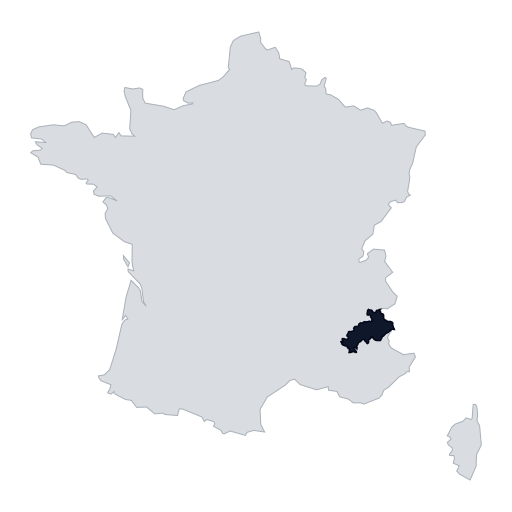 Hautes-Alpes highlighted on a map of France
{"feature_id": "FRA-5304", "entity_name": "Hautes-Alpes", "entity_type": "Metropolitan department", "adm_level": 1, "iso_a3": "FRA", "parent_name": "France", "parent_adm1": "", "projection": "albers", "projection_center": [6.118, 44.657], "detail": "fine", "context": "in_parent", "style": "filled", "palette": "ink", "viewbox_px": 512, "rotation_deg": 0, "n_neighbors": 0, "source": "natural_earth", "source_scale": "10m", "svg_char_len": 7014}
<svg xmlns="http://www.w3.org/2000/svg" viewBox="0 0 512 512"><path d="M410.4,195.1L406.6,197.2L404.4,201.5L402.0,202.6L397.6,202.7L395.5,200.1L390.3,201.8L388.2,204.5L391.3,207.8L381.0,221.6L374.3,225.2L372.9,234.1L365.0,240.8L362.1,247.8L361.8,249.2L363.8,251.5L363.0,256.1L358.9,259.1L359.0,262.0L360.1,262.4L366.3,260.1L368.6,257.3L367.4,253.6L373.6,249.1L384.6,250.1L386.0,256.2L384.6,261.3L392.7,272.3L385.8,277.5L385.4,280.9L392.7,291.9L397.2,296.4L394.9,303.9L387.3,308.8L382.4,308.4L380.3,309.7L380.5,311.9L384.0,318.7L392.3,323.0L393.6,328.1L391.3,329.9L387.5,337.6L389.3,341.4L388.6,343.1L389.5,345.7L391.7,348.2L403.5,354.7L414.0,353.2L415.4,357.0L409.1,367.2L409.5,371.7L406.3,371.8L405.7,373.4L399.2,376.8L388.7,387.1L383.8,390.2L381.8,395.3L378.9,398.2L363.6,404.1L360.7,402.8L353.3,402.9L348.6,399.2L339.7,396.8L336.9,391.4L328.6,390.3L328.2,386.7L316.5,389.8L300.2,384.6L294.6,379.2L289.8,380.5L285.5,385.0L267.4,396.9L260.0,409.4L260.8,424.4L264.6,432.0L253.7,430.4L247.2,432.3L245.3,435.4L230.1,431.0L224.3,433.8L222.7,433.5L220.9,430.3L213.5,426.3L214.8,423.9L213.9,421.7L206.9,419.5L204.3,421.5L201.9,417.0L182.5,409.0L179.3,408.9L177.5,415.5L164.8,414.5L163.1,413.1L154.8,413.9L146.5,407.0L136.7,407.4L131.3,400.4L125.6,399.5L117.7,395.5L114.2,393.4L113.9,391.4L111.3,394.1L108.3,393.2L107.7,392.3L110.0,388.8L110.8,384.7L100.9,380.7L98.6,377.4L98.7,375.8L104.2,374.9L109.7,369.6L116.2,349.0L121.8,324.5L124.7,320.1L127.8,319.1L125.7,315.4L122.2,319.6L126.1,297.0L131.1,280.3L138.8,288.0L140.4,291.2L142.0,301.6L146.3,306.2L143.6,301.9L141.8,288.1L140.2,284.1L128.2,271.6L128.0,269.0L133.6,270.8L132.0,262.2L132.2,244.3L124.6,241.8L112.8,233.1L105.5,218.6L105.1,213.5L107.9,208.3L106.2,204.7L102.9,202.0L106.1,197.7L108.7,197.5L117.3,201.0L110.5,195.9L98.5,196.2L94.0,194.2L93.5,190.9L97.1,187.1L93.5,184.2L86.7,184.0L86.0,182.9L88.3,180.1L86.8,178.9L81.2,179.4L78.2,178.1L75.6,174.4L66.9,172.6L65.1,170.5L53.5,165.1L40.7,164.2L38.0,157.1L30.8,152.8L32.6,150.9L40.5,150.0L42.2,148.3L37.0,144.8L35.4,141.8L45.7,142.5L41.5,139.0L31.5,137.9L30.7,133.7L32.5,129.8L38.8,126.9L53.6,124.8L64.1,125.9L72.0,122.1L79.4,121.7L86.1,124.8L94.2,137.4L102.3,133.1L113.4,134.4L115.4,137.5L118.9,132.6L121.1,135.9L134.8,136.2L131.9,133.8L129.7,128.6L130.9,110.4L125.3,96.5L124.1,91.6L124.9,87.5L132.8,89.0L139.6,87.9L142.7,89.4L142.7,97.9L145.1,103.1L163.5,106.2L174.1,109.7L183.5,105.6L192.1,104.1L192.8,103.0L187.9,103.1L183.6,100.7L183.2,98.4L186.0,91.9L199.3,85.4L218.5,80.4L223.5,76.6L229.5,69.4L228.3,67.4L230.3,47.0L233.4,40.5L240.7,36.1L258.8,32.0L260.7,38.6L260.5,42.3L265.0,48.2L267.3,50.1L275.2,47.3L278.8,52.8L279.7,58.8L289.2,61.6L291.7,69.6L293.5,67.9L299.4,68.4L302.2,69.2L306.0,72.7L304.7,77.4L306.4,79.7L304.6,84.0L305.7,85.8L316.7,86.1L320.1,84.2L321.7,79.9L325.0,77.4L326.3,78.2L324.1,86.2L325.6,88.3L326.2,94.1L330.4,94.7L338.5,99.4L345.3,107.1L353.8,105.9L360.5,110.2L367.4,107.9L373.9,110.3L376.2,112.5L382.4,123.2L387.1,121.0L390.4,122.3L391.5,125.3L404.0,123.4L406.4,126.3L409.0,127.4L425.0,131.1L425.2,135.1L416.3,146.9L412.6,163.4L409.9,169.1L409.0,173.4L409.8,176.2L409.4,180.7L407.6,191.4L408.8,194.5L410.4,195.1ZM477.6,414.1L477.0,420.9L479.6,425.7L481.3,445.1L476.5,454.7L476.1,466.2L470.1,480.0L459.8,474.3L456.7,471.1L459.2,465.8L453.3,463.2L454.5,458.1L453.8,455.6L449.8,455.5L449.5,454.2L452.4,450.2L452.2,447.8L448.3,444.9L447.4,442.3L451.1,439.1L449.3,436.5L447.2,435.9L452.0,426.8L455.4,424.0L463.0,421.3L466.1,417.9L471.3,419.5L472.1,418.6L473.2,404.5L475.0,404.2L476.7,406.0L477.6,414.1ZM129.5,262.9L128.0,266.8L123.7,259.5L123.4,255.6L129.5,262.9Z" fill="#d9dde1" stroke="#a8b0b8" stroke-width="1"/><path d="M393.9,328.3L394.2,328.9L394.4,329.5L393.9,329.5L392.7,329.2L392.1,329.2L391.3,329.6L390.7,330.4L390.6,330.8L390.0,330.7L389.5,331.0L388.5,332.2L385.8,333.5L383.3,336.2L382.3,336.3L382.1,336.6L382.0,337.6L381.8,338.0L381.1,339.0L380.6,340.4L380.0,340.6L376.7,340.5L375.2,340.1L374.0,339.2L371.8,336.6L370.5,338.5L369.6,339.3L368.3,339.7L368.6,340.7L368.7,341.8L368.4,342.8L367.6,343.6L366.9,343.3L365.8,341.6L365.1,341.3L365.0,340.9L364.4,339.9L364.2,339.5L363.9,339.5L363.7,339.5L363.4,339.5L363.2,339.5L362.9,339.5L362.2,339.7L360.8,341.3L360.3,341.7L359.2,342.2L358.7,342.6L358.3,343.1L357.7,344.6L357.4,345.0L357.1,345.3L356.8,345.7L356.6,346.3L356.7,346.7L356.9,346.9L357.1,347.2L357.0,347.9L356.9,348.9L355.3,347.6L354.3,347.4L353.9,348.5L354.1,349.1L354.9,349.8L356.2,351.4L356.5,352.1L356.1,352.5L355.4,352.4L354.0,351.7L353.3,351.6L350.0,352.6L349.1,352.5L349.2,352.3L349.4,350.5L349.3,349.3L349.1,349.0L348.9,348.8L348.4,348.5L348.1,348.3L347.7,347.8L347.5,347.5L347.3,347.3L347.3,347.0L347.5,346.6L347.6,346.3L347.5,346.0L347.2,346.0L346.9,345.9L345.4,346.0L345.1,345.9L344.5,345.6L344.2,345.4L343.5,345.3L343.3,345.3L343.2,345.2L341.9,344.1L341.8,343.9L341.8,343.7L341.7,343.2L341.5,342.7L341.0,342.1L340.9,341.9L340.9,341.6L341.3,341.4L341.6,341.4L342.5,341.7L342.8,341.7L343.1,341.7L343.3,341.3L343.3,341.0L343.2,340.8L343.1,340.7L342.8,340.5L342.6,340.3L342.4,340.1L342.3,339.8L342.2,339.4L342.2,339.1L342.2,338.8L342.4,338.6L342.8,338.6L343.1,338.6L344.2,338.7L346.2,339.5L346.5,339.5L346.8,339.4L348.3,338.4L348.6,338.1L348.5,337.6L348.4,337.2L348.1,337.0L347.3,336.4L347.1,336.1L347.0,335.9L346.9,335.6L346.9,335.3L347.0,335.1L347.1,334.8L348.1,333.3L348.3,332.8L348.4,332.3L348.4,332.0L348.6,331.7L349.1,331.5L349.4,331.5L349.7,331.5L350.1,331.6L350.7,331.7L351.1,331.6L351.5,331.5L352.0,331.2L353.0,331.1L353.3,330.9L353.8,330.4L354.0,330.0L354.2,329.7L354.2,329.4L354.2,329.1L353.8,328.9L353.6,328.4L354.4,327.0L354.7,326.7L355.1,326.5L355.5,326.5L356.5,326.5L357.1,326.4L358.4,326.0L358.7,325.7L358.9,325.4L358.9,325.0L358.8,324.7L358.8,324.3L358.9,324.0L359.7,323.4L360.2,323.0L360.5,322.9L360.8,322.8L361.1,322.9L361.7,323.1L362.0,323.1L362.3,323.0L364.0,321.8L364.3,321.7L364.7,321.7L365.3,321.9L365.6,322.0L366.6,321.7L366.9,321.7L367.5,321.8L367.8,321.8L368.9,321.3L369.2,321.2L369.5,321.2L369.8,321.3L371.0,321.7L371.5,321.7L371.8,321.2L371.8,320.5L371.9,319.2L371.8,318.8L371.7,318.5L371.3,318.0L371.0,317.6L370.8,317.3L370.6,316.9L370.6,315.9L370.6,315.5L370.4,315.2L370.1,314.9L369.8,314.8L368.3,315.1L367.9,315.1L367.5,315.0L367.2,314.8L367.1,314.4L367.1,313.6L367.4,311.9L367.5,311.2L367.6,310.5L367.7,310.3L368.5,309.4L369.0,309.8L369.4,309.9L369.9,310.0L370.7,310.0L371.5,310.2L371.9,310.4L372.2,310.7L372.3,311.3L372.5,311.6L372.7,311.9L374.8,312.7L375.1,312.6L375.5,312.4L376.0,311.8L376.2,311.4L376.3,311.0L376.3,310.7L376.5,310.5L376.8,310.3L377.7,310.4L378.1,310.3L379.3,309.5L380.3,309.4L379.9,309.8L379.5,310.3L380.1,311.2L380.6,311.7L380.6,312.0L380.6,312.4L380.7,312.8L381.1,313.4L381.4,313.7L382.6,313.8L383.4,314.5L383.7,315.8L383.6,318.4L384.2,319.3L385.3,320.2L387.5,321.5L388.2,321.7L389.8,321.4L390.3,321.4L392.0,322.1L392.6,322.7L392.7,322.9L392.8,323.2L392.8,323.3L392.8,323.5L392.7,323.7L392.5,324.5L392.9,325.5L393.1,326.6L393.2,327.0L393.9,328.3Z" fill="#0f172a" stroke="#020617" stroke-width="1.5"/></svg>